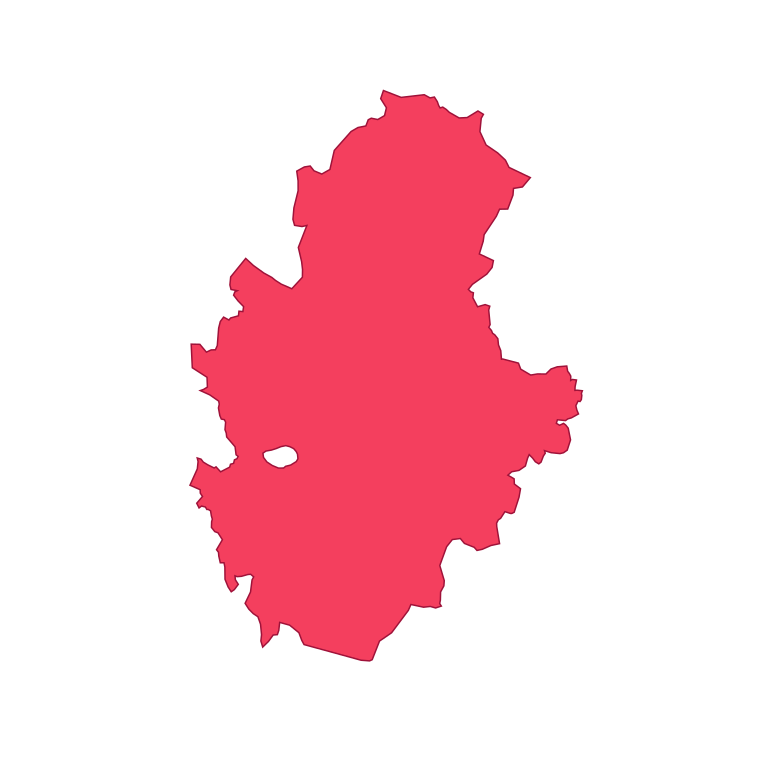 SVG path tracing the border of Aqmola, rotated 110°
{"feature_id": "KAZ-3202", "entity_name": "Aqmola", "entity_type": "Region", "adm_level": 1, "iso_a3": "KAZ", "parent_name": "Kazakhstan", "parent_adm1": "", "projection": "albers", "projection_center": [70.159, 51.837], "detail": "fine", "context": "isolated", "style": "filled", "palette": "rose", "viewbox_px": 768, "rotation_deg": 110, "n_neighbors": 0, "source": "natural_earth", "source_scale": "10m", "svg_char_len": 3875}
<svg xmlns="http://www.w3.org/2000/svg" viewBox="0 0 768 768"><g transform="rotate(110 384 384)"><path d="M101.1,383.5L114.0,380.2L124.5,369.8L128.0,356.1L132.1,346.5L137.7,340.6L140.0,317.1L151.5,321.3L155.9,329.2L162.4,327.4L177.3,327.6L180.2,335.2L188.0,335.8L209.4,341.0L215.9,339.6L229.2,338.9L230.6,323.4L237.5,322.3L245.6,325.0L260.1,335.0L266.2,337.1L267.7,334.0L267.7,331.2L272.6,330.0L279.4,322.5L274.8,316.1L274.7,311.2L278.7,310.9L291.9,304.6L294.9,304.9L297.0,301.3L299.2,299.3L299.9,296.7L302.5,292.5L308.1,289.8L312.7,285.7L320.5,282.1L319.9,281.0L318.4,264.8L323.3,260.6L325.4,249.2L322.0,243.1L319.3,235.3L312.8,232.2L308.6,227.1L304.6,218.4L309.2,215.8L310.6,213.6L312.7,211.2L316.8,209.8L315.3,208.5L314.4,204.5L321.2,203.5L324.7,202.4L323.8,200.5L322.5,195.3L325.3,195.3L327.1,194.2L331.2,193.2L333.4,193.8L333.7,195.8L338.8,196.3L342.6,193.8L345.6,191.0L351.7,196.3L354.0,199.4L356.3,200.9L358.3,208.8L362.0,208.6L362.7,204.9L359.6,201.8L360.4,199.2L362.5,195.8L372.7,189.6L383.5,189.2L387.2,191.8L389.2,194.8L391.4,203.5L391.7,210.4L393.9,208.8L397.2,209.6L403.7,209.7L406.1,211.2L405.3,215.2L402.8,219.0L400.7,223.4L404.5,223.7L412.7,223.1L419.0,227.6L422.8,234.0L427.3,236.4L428.6,229.3L433.4,227.3L435.7,219.9L444.2,218.4L460.0,217.8L461.9,219.6L462.4,220.9L462.6,226.7L470.4,228.5L472.5,230.1L476.2,230.6L479.4,229.3L494.5,220.8L499.2,228.3L505.7,235.1L508.6,239.7L506.6,243.4L506.3,253.9L503.1,259.4L506.8,266.6L515.5,269.5L535.5,269.5L548.2,260.1L553.2,258.7L560.0,259.7L567.8,257.1L571.2,256.6L573.1,254.2L576.8,258.9L577.2,264.4L580.2,270.5L582.0,283.3L588.4,283.7L615.2,291.8L627.1,300.3L647.1,300.8L649.1,302.8L651.4,311.0L656.2,370.0L653.0,373.6L646.8,378.9L642.9,390.2L643.7,400.5L651.5,398.6L656.0,398.5L657.8,402.3L665.4,404.5L672.7,408.0L667.6,411.8L661.5,413.3L651.9,417.9L645.8,422.9L644.5,428.3L641.8,434.0L637.6,439.5L625.1,438.3L613.2,441.0L609.8,440.5L608.4,444.2L609.6,446.8L613.5,452.2L615.3,456.2L615.2,458.4L618.8,456.7L622.1,452.4L628.4,454.3L631.5,456.5L628.1,461.0L621.9,466.6L610.5,470.9L606.7,473.2L608.0,476.7L602.2,480.4L598.7,482.0L597.0,484.7L585.6,482.6L580.6,489.1L580.6,492.5L577.8,497.1L572.3,498.9L569.7,499.1L567.0,501.1L562.5,503.6L562.0,506.3L562.5,507.6L560.7,509.7L561.1,513.7L563.7,515.4L560.1,519.2L551.8,516.1L549.4,519.3L546.2,520.6L545.5,531.7L527.6,530.4L520.4,532.2L517.4,534.2L517.2,530.2L519.2,527.1L520.2,522.1L521.0,514.9L519.3,513.5L522.4,507.5L514.9,500.6L511.9,500.8L510.0,498.2L506.4,498.6L504.5,496.6L501.9,496.3L501.1,498.8L493.9,502.5L487.6,513.7L484.0,515.5L481.3,517.8L474.0,519.8L472.1,521.8L472.6,524.9L469.8,527.5L463.1,531.4L459.3,531.9L456.6,533.5L453.8,544.1L453.0,554.4L450.8,551.7L447.3,548.9L438.2,552.6L434.3,569.7L412.5,578.8L409.7,570.6L414.8,561.8L411.1,558.1L409.5,554.1L404.9,553.8L388.0,558.5L381.3,559.2L376.0,557.6L376.9,551.6L374.4,550.7L369.7,544.1L365.2,545.2L364.2,541.4L359.3,542.4L356.0,549.3L352.0,555.7L348.5,555.7L346.5,553.8L347.5,560.1L343.6,562.7L335.8,564.7L313.3,556.9L317.3,547.3L320.8,535.0L322.2,525.9L323.8,521.3L325.3,514.7L326.0,503.2L311.6,497.2L304.3,499.7L297.3,503.2L285.0,511.2L261.4,510.7L264.1,514.9L265.5,522.3L260.4,525.9L249.3,528.9L231.8,530.8L222.5,534.2L213.8,538.8L207.3,533.1L204.4,527.9L207.6,522.7L208.0,514.3L200.9,508.2L181.5,510.6L158.0,501.3L151.9,496.2L147.7,489.3L141.1,489.2L138.6,486.9L137.6,480.3L131.6,475.3L123.6,476.2L117.0,484.7L108.4,484.9L108.8,465.9L98.4,445.1L99.4,438.6L97.1,434.8L100.5,430.4L103.6,427.9L105.4,425.7L103.7,423.5L104.7,419.4L106.4,415.5L108.3,404.4L105.2,397.0L95.3,389.1L96.6,382.8L101.1,383.5ZM490.4,474.1L494.2,472.1L497.3,467.4L498.8,461.1L499.1,454.4L497.3,449.6L495.0,448.3L492.1,444.0L486.9,439.9L483.7,439.3L479.5,441.3L477.5,443.4L475.6,446.8L475.1,451.0L475.5,455.2L478.1,459.4L481.6,463.3L484.6,467.2L487.4,472.0L490.4,474.1Z" fill="#f43f5e" stroke="#9f1239" stroke-width="1.5"/></g></svg>